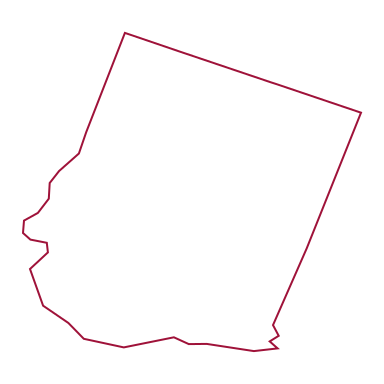 Howard, Missouri, United States of America (Albers equal-area conic projection)
{"feature_id": "52423323B70780869118489", "entity_name": "Howard", "entity_type": "district", "adm_level": 2, "iso_a3": "USA", "parent_name": "United States of America", "parent_adm1": "Missouri", "projection": "albers", "projection_center": [-92.759, 39.156], "detail": "fine", "context": "isolated", "style": "outline", "palette": "rose", "viewbox_px": 384, "rotation_deg": 0, "n_neighbors": 0, "source": "geoboundaries", "source_scale": "gbopen_adm2", "svg_char_len": 479}
<svg xmlns="http://www.w3.org/2000/svg" viewBox="0 0 384 384"><path d="M179.2,51.4L124.9,32.9L86.2,132.2L78.9,153.5L59.1,171.0L49.7,183.0L48.8,198.7L37.9,212.9L24.0,220.6L23.0,233.0L30.4,239.6L46.8,242.8L47.9,252.4L30.0,269.0L43.1,305.7L68.4,323.0L83.8,338.8L123.8,347.4L173.9,337.3L188.8,344.1L206.7,343.9L253.9,351.1L277.6,348.4L269.7,341.4L278.7,335.8L273.0,325.1L306.7,248.4L361.0,112.7L276.1,84.0L270.2,82.1L179.2,51.4Z" fill="none" stroke="#9f1239" stroke-width="2"/></svg>